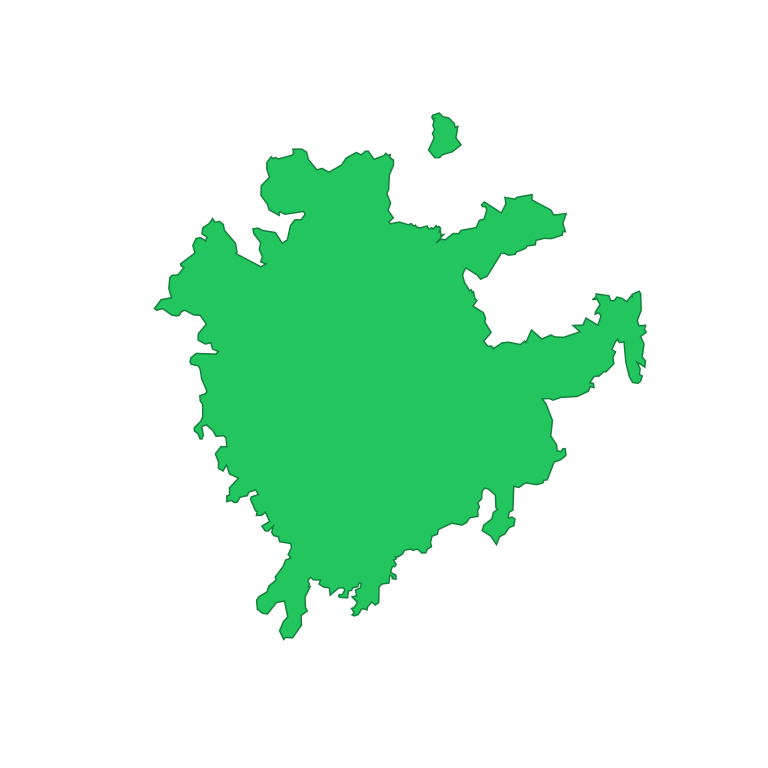 the district of Chiautla, Puebla, Mexico, rotated 109°
{"feature_id": "50627088B89573035265708", "entity_name": "Chiautla", "entity_type": "district", "adm_level": 2, "iso_a3": "MEX", "parent_name": "Mexico", "parent_adm1": "Puebla", "projection": "orthographic", "projection_center": [-98.6, 18.284], "detail": "fine", "context": "isolated", "style": "filled", "palette": "green", "viewbox_px": 768, "rotation_deg": 109, "n_neighbors": 0, "source": "geoboundaries", "source_scale": "gbopen_adm2", "svg_char_len": 6172}
<svg xmlns="http://www.w3.org/2000/svg" viewBox="0 0 768 768"><g transform="rotate(109 384 384)"><path d="M213.2,173.0L218.6,178.7L220.6,177.7L220.6,179.1L227.2,181.5L225.5,186.7L226.0,192.1L230.5,193.6L231.2,197.1L227.3,200.0L229.8,212.8L232.5,211.7L236.4,214.5L234.3,210.3L238.5,205.5L247.1,207.5L249.2,207.0L246.7,204.3L248.9,200.9L258.8,200.9L255.9,214.4L263.6,215.1L267.1,224.4L270.8,215.6L281.4,229.3L283.9,237.8L283.3,242.1L290.1,249.4L284.9,262.1L298.8,263.3L297.6,265.0L302.3,267.9L303.9,279.6L306.5,285.6L315.1,292.2L313.2,294.5L314.5,298.1L311.2,303.7L300.4,299.5L292.5,308.9L288.9,309.4L284.2,313.3L281.4,325.3L274.7,323.3L273.8,325.8L267.6,329.5L268.7,330.3L266.5,332.3L268.1,333.2L261.8,341.0L255.6,345.1L251.8,345.2L247.6,344.3L250.6,331.3L253.5,326.8L248.5,321.6L222.7,315.8L221.1,313.3L221.7,308.3L218.7,302.2L216.3,301.9L209.9,294.5L206.9,293.7L203.1,286.2L198.7,287.1L194.0,279.7L192.2,273.4L185.2,263.9L181.6,264.6L180.9,262.0L173.8,267.3L163.6,267.2L169.0,278.5L165.2,282.9L161.8,304.2L156.7,305.6L164.1,319.0L166.6,320.5L168.2,330.4L173.8,327.4L184.1,328.7L179.2,348.5L182.8,350.1L184.2,348.6L183.3,345.7L185.9,343.5L195.4,343.0L198.2,347.1L206.1,347.7L213.7,361.2L217.7,362.4L219.2,367.6L227.6,372.9L228.5,377.2L233.5,380.6L223.4,376.4L225.0,378.6L221.1,380.3L222.0,381.2L218.3,381.2L217.1,383.5L218.8,384.7L217.3,386.2L221.4,388.0L220.7,389.8L222.9,392.1L220.5,394.7L224.7,400.6L225.1,404.2L223.6,405.9L225.1,407.3L223.5,410.5L225.5,412.7L225.9,422.2L230.3,430.0L229.2,432.3L223.9,429.2L218.5,436.7L210.7,436.7L202.9,443.4L198.7,442.9L184.6,447.0L174.0,446.3L169.2,447.9L168.0,452.1L165.0,452.8L166.7,454.7L165.3,457.4L168.3,458.6L174.8,466.6L169.0,474.6L169.9,477.3L174.8,480.1L174.1,485.5L182.7,493.3L190.7,495.4L201.7,505.0L200.3,512.8L203.4,517.2L196.3,528.6L190.0,532.7L188.7,538.1L191.6,546.6L195.3,544.6L197.9,545.7L205.8,557.6L205.0,560.3L207.1,561.9L205.9,564.6L212.7,566.9L219.0,564.7L225.8,559.6L236.5,564.6L245.8,561.7L252.0,552.7L256.7,549.4L258.7,537.9L256.1,539.1L255.0,537.8L255.8,533.1L247.1,516.4L249.0,513.7L255.7,515.8L257.8,521.7L264.5,524.0L279.3,522.3L284.1,526.1L276.2,536.0L278.4,549.0L277.6,553.9L280.0,558.4L284.1,556.2L290.6,546.6L297.6,545.6L303.3,540.3L308.7,540.4L308.8,534.7L313.3,538.5L308.9,566.6L307.2,565.9L299.2,570.4L290.6,585.0L285.5,587.8L283.9,592.4L286.1,596.7L283.4,599.9L289.4,601.6L295.1,606.1L301.2,605.1L302.7,599.3L306.8,599.1L305.3,605.2L307.8,609.1L315.3,609.8L321.7,605.4L336.5,615.4L338.3,614.6L339.0,611.1L347.9,614.3L350.4,620.0L353.2,621.1L363.8,618.5L371.6,613.1L376.8,622.2L387.4,625.6L388.2,622.9L384.8,617.7L387.9,607.2L387.3,602.8L385.9,600.1L381.4,599.1L379.1,596.1L380.6,586.5L378.9,580.1L385.2,571.5L396.8,575.9L403.0,574.1L404.4,566.1L401.4,561.2L406.8,557.4L407.2,551.2L410.5,552.7L416.2,571.4L421.8,575.0L426.3,574.6L428.1,572.8L427.3,565.4L429.9,562.6L438.6,558.0L448.4,549.1L451.2,549.5L455.0,554.3L459.9,552.2L462.2,548.9L473.9,544.7L478.9,545.1L487.0,549.1L490.1,548.0L491.5,543.8L495.8,540.0L495.3,538.3L491.5,538.1L483.3,542.5L480.5,538.4L483.8,530.6L488.2,525.7L485.0,518.8L486.3,515.9L494.6,512.1L496.3,517.8L505.0,520.7L511.4,515.2L517.6,513.1L518.7,507.9L511.8,506.5L519.4,500.6L520.3,490.9L532.5,496.3L539.2,493.9L541.0,496.2L546.4,494.3L543.9,490.9L544.7,486.5L543.3,484.2L538.0,483.4L534.1,476.9L530.2,476.6L526.0,470.9L529.3,466.6L534.0,472.7L536.3,472.8L545.7,464.2L545.9,462.3L549.9,461.9L547.8,456.8L543.9,454.4L551.2,447.4L558.1,453.2L561.5,448.6L560.7,445.6L554.3,442.4L560.8,441.9L563.2,439.1L562.9,433.9L567.1,431.5L565.2,420.4L568.7,418.2L576.5,419.1L578.9,415.4L582.4,419.7L589.1,419.9L602.0,424.0L604.5,422.1L612.2,427.0L618.8,427.0L625.7,432.9L629.9,434.1L638.2,430.4L640.3,424.3L639.4,419.3L625.8,414.6L621.5,407.5L635.5,399.2L641.4,401.7L651.3,402.4L658.2,395.6L655.7,394.5L653.7,387.8L638.9,383.5L629.9,387.0L623.6,382.6L621.0,385.4L611.3,389.3L599.6,387.8L600.1,389.6L597.5,389.3L595.2,391.8L590.6,390.6L592.1,387.2L590.1,380.1L594.3,380.3L595.7,375.0L594.5,369.4L601.1,366.1L591.7,360.5L589.8,355.9L591.7,353.9L596.8,355.0L597.7,357.8L599.7,357.8L600.1,356.2L598.0,348.8L591.2,350.2L589.8,347.5L587.0,347.4L584.1,342.8L580.3,342.8L580.0,340.8L584.1,339.7L588.1,343.9L593.1,340.9L595.7,344.9L599.2,337.8L605.3,339.6L606.8,341.7L610.1,337.5L612.7,339.1L613.0,336.7L610.4,333.3L603.5,331.8L603.1,326.5L599.9,327.0L594.2,324.6L595.8,320.3L592.5,317.8L577.6,322.6L573.7,320.8L570.6,314.5L563.1,316.2L563.2,313.3L565.4,312.9L564.6,309.1L560.8,310.6L559.9,316.4L554.1,316.8L553.1,314.4L550.6,313.8L547.2,317.8L545.3,315.5L543.6,317.2L543.2,314.8L538.8,311.2L534.3,310.4L531.3,304.7L532.0,302.8L529.1,298.2L531.5,293.4L530.1,289.5L526.0,289.2L522.4,286.1L518.5,288.5L512.2,289.0L508.6,284.5L504.1,285.4L493.6,274.7L492.0,264.3L488.3,260.9L482.6,259.5L478.5,252.0L473.1,254.3L469.3,253.7L465.7,256.7L460.8,254.3L453.8,256.3L449.8,255.2L449.3,251.2L452.8,242.5L464.8,237.8L465.4,235.7L469.9,238.8L476.3,238.0L484.9,243.7L490.6,243.5L493.0,233.6L499.2,225.4L490.8,225.1L486.4,220.9L478.9,218.9L475.8,215.1L469.2,216.1L468.1,219.4L470.1,223.0L464.5,223.9L461.4,221.1L438.5,228.0L437.9,222.8L431.4,218.0L429.5,207.0L425.7,201.5L422.8,201.4L421.5,198.5L402.4,197.7L398.2,192.4L392.2,188.7L386.1,191.7L387.3,194.0L390.1,194.4L390.9,198.4L385.3,201.0L378.9,209.4L363.6,212.9L350.2,224.2L346.5,229.5L343.9,222.9L344.2,218.9L339.1,212.5L333.0,197.5L324.5,188.5L319.4,188.2L319.0,184.3L315.2,186.3L316.0,189.8L308.4,187.8L306.5,183.3L300.9,180.2L300.1,178.0L289.9,173.3L284.1,176.3L278.3,175.5L277.2,179.8L268.6,178.9L264.8,177.4L266.5,177.6L268.1,174.9L266.2,170.7L284.9,162.3L297.3,154.3L301.6,149.5L300.6,144.0L297.9,142.4L292.3,142.4L292.0,145.5L286.0,146.9L280.9,152.0L283.1,142.9L276.9,144.3L274.5,148.6L261.5,151.2L255.6,156.9L249.7,152.9L247.7,155.5L243.3,155.7L245.9,162.0L241.5,165.2L230.6,164.8L215.3,170.6L213.2,173.0ZM132.8,389.0L127.9,396.1L116.3,398.1L118.2,400.6L115.0,402.1L111.4,409.3L112.1,415.4L109.8,420.0L114.1,425.6L116.4,425.5L116.6,423.0L117.6,424.2L119.0,422.2L123.9,421.9L126.8,419.0L131.4,419.8L134.7,416.7L148.3,418.0L153.5,409.7L151.9,405.3L148.2,403.4L142.2,395.0L132.8,389.0Z" fill="#22c55e" stroke="#15803d" stroke-width="1.5"/></g></svg>